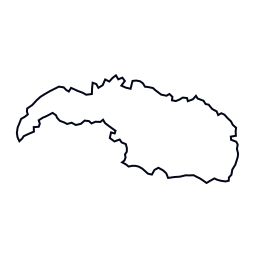 Figueira, Paraná, Brazil, rotated 272°
{"feature_id": "56859067B25501189967357", "entity_name": "Figueira", "entity_type": "district", "adm_level": 2, "iso_a3": "BRA", "parent_name": "Brazil", "parent_adm1": "Paraná", "projection": "orthographic", "projection_center": [-50.428, -23.857], "detail": "fine", "context": "isolated", "style": "outline", "palette": "ink", "viewbox_px": 256, "rotation_deg": 272, "n_neighbors": 0, "source": "geoboundaries", "source_scale": "gbopen_adm2", "svg_char_len": 2021}
<svg xmlns="http://www.w3.org/2000/svg" viewBox="0 0 256 256"><g transform="rotate(272 128 128)"><path d="M175.2,130.9L171.1,130.0L167.3,129.2L168.3,124.3L170.1,119.9L174.9,123.2L178.1,120.6L176.3,116.6L180.2,114.1L177.5,110.8L173.8,107.7L175.7,103.5L169.9,101.2L167.1,97.0L170.8,94.8L172.0,91.1L165.9,90.7L160.7,90.7L159.8,85.1L161.8,81.1L163.3,76.5L166.1,69.7L162.4,67.6L163.8,65.0L166.4,62.3L166.9,57.5L162.2,48.8L159.0,43.7L156.1,39.4L152.6,35.8L147.6,31.5L144.0,26.6L140.9,26.4L138.1,27.4L135.6,24.5L133.4,20.9L129.4,19.5L124.6,17.7L119.3,17.1L115.0,17.9L111.0,19.9L113.6,22.5L116.2,24.1L118.5,28.6L121.1,34.1L125.6,33.8L126.1,38.7L129.2,39.7L132.6,38.5L135.4,42.6L136.8,45.7L138.3,48.4L140.5,52.1L138.2,55.6L135.7,56.8L132.8,59.6L131.3,64.1L129.9,67.0L131.3,71.5L129.2,75.7L130.5,80.7L133.9,84.5L133.5,88.8L131.3,91.4L133.1,95.2L133.1,100.2L135.4,102.8L132.2,104.8L130.0,107.8L127.1,112.1L124.8,115.6L122.1,114.9L123.0,111.2L117.3,110.2L114.1,114.9L116.2,120.1L113.4,122.1L111.8,126.4L107.7,127.6L104.2,127.6L101.5,125.9L98.5,126.6L95.4,125.6L93.5,123.3L91.7,127.0L89.5,130.0L90.4,133.8L90.4,137.0L89.8,140.0L87.9,143.7L86.0,146.0L83.0,149.6L82.3,153.5L87.0,155.9L89.3,159.8L86.9,164.5L84.1,167.8L79.5,169.8L80.6,176.0L81.2,181.7L82.7,187.1L82.8,191.4L83.1,195.2L81.5,198.5L80.3,201.3L78.4,204.5L75.8,208.4L77.8,211.5L80.6,216.1L79.4,218.9L78.5,222.6L78.0,227.3L78.8,230.5L82.1,230.6L84.9,233.0L90.1,233.7L95.0,236.5L99.6,237.8L102.9,238.7L106.3,238.9L110.9,237.6L115.3,238.2L118.0,236.7L119.9,231.4L123.0,231.1L124.0,236.1L128.3,235.7L132.0,236.0L134.8,232.6L138.2,230.7L141.4,227.1L144.7,223.9L146.0,220.7L144.1,217.7L147.7,216.0L149.9,211.5L154.1,207.8L154.7,204.7L157.9,202.5L158.9,199.5L159.9,196.5L162.5,194.8L158.9,191.8L156.9,186.9L160.0,185.9L160.3,181.7L158.2,178.4L156.6,174.9L157.2,171.0L160.7,171.3L163.4,168.2L161.6,165.3L162.5,160.0L164.9,156.6L166.8,153.9L168.8,151.6L169.5,147.6L169.9,143.5L173.1,141.4L175.1,138.5L175.7,134.5L175.2,130.9Z" fill="none" stroke="#020617" stroke-width="2"/></g></svg>